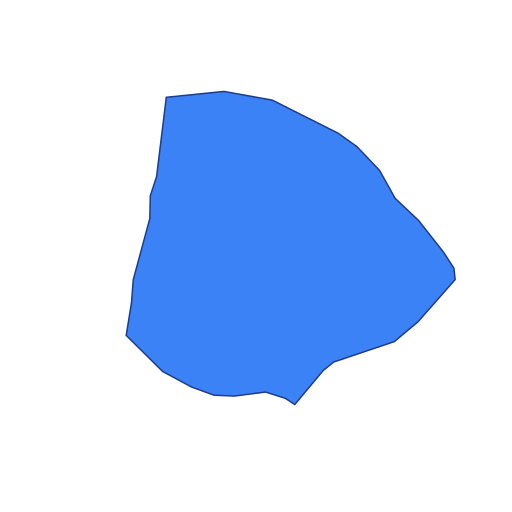 Salcajá, Quezaltenango, Guatemala (Albers equal-area conic projection), rotated 39°
{"feature_id": "79465075B86011585476581", "entity_name": "Salcajá", "entity_type": "district", "adm_level": 2, "iso_a3": "GTM", "parent_name": "Guatemala", "parent_adm1": "Quezaltenango", "projection": "albers", "projection_center": [-91.46, 14.876], "detail": "fine", "context": "isolated", "style": "filled", "palette": "blue", "viewbox_px": 512, "rotation_deg": 39, "n_neighbors": 0, "source": "geoboundaries", "source_scale": "gbopen_adm2", "svg_char_len": 529}
<svg xmlns="http://www.w3.org/2000/svg" viewBox="0 0 512 512"><g transform="rotate(39 256 256)"><path d="M379.6,347.0L380.3,302.7L383.1,289.5L417.4,235.4L423.3,205.0L425.6,149.0L417.6,141.0L399.3,135.0L359.9,126.1L327.8,123.6L298.1,111.7L265.6,107.5L242.6,108.9L200.0,118.2L170.6,124.6L127.5,148.3L86.4,189.1L128.8,256.9L136.0,275.8L149.9,293.7L175.5,351.6L188.6,370.6L205.1,399.4L256.2,404.5L288.4,398.4L311.0,390.6L327.4,378.4L348.9,355.8L368.2,348.2L379.6,347.0Z" fill="#3b82f6" stroke="#1e3a8a" stroke-width="1.5"/></g></svg>